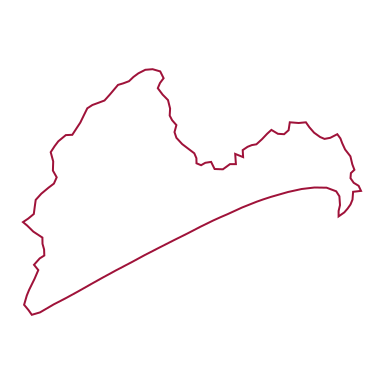 the district of Praia Grande, São Paulo, Brazil
{"feature_id": "56859067B11159751681526", "entity_name": "Praia Grande", "entity_type": "district", "adm_level": 2, "iso_a3": "BRA", "parent_name": "Brazil", "parent_adm1": "São Paulo", "projection": "robinson", "projection_center": [-46.504, -24.018], "detail": "fine", "context": "isolated", "style": "outline", "palette": "rose", "viewbox_px": 384, "rotation_deg": 0, "n_neighbors": 0, "source": "geoboundaries", "source_scale": "gbopen_adm2", "svg_char_len": 1715}
<svg xmlns="http://www.w3.org/2000/svg" viewBox="0 0 384 384"><path d="M31.8,314.8L40.0,312.4L53.7,304.4L66.1,298.0L78.0,291.5L91.4,283.9L102.7,277.6L116.1,270.3L132.0,262.0L144.7,255.1L159.3,247.6L173.9,240.2L187.4,233.5L193.2,230.5L200.1,226.9L213.2,220.5L220.5,217.2L227.5,214.2L242.1,207.5L256.7,201.7L263.2,199.4L270.9,196.9L288.0,192.0L301.7,189.0L314.5,187.5L326.6,187.7L336.2,191.3L339.4,196.3L340.0,205.1L338.6,211.0L338.6,216.4L344.3,212.4L347.6,208.6L350.5,204.5L352.5,199.6L353.1,191.8L361.0,190.9L358.6,185.8L353.7,182.8L350.5,178.2L350.9,173.1L354.4,169.8L352.3,164.3L350.4,156.3L345.1,149.5L342.2,143.2L340.4,138.4L337.3,134.2L330.3,137.8L324.5,138.9L320.1,137.0L314.1,132.7L309.4,127.3L305.9,122.3L298.7,123.0L289.8,122.3L288.6,130.2L284.1,134.2L277.9,133.8L271.4,129.9L267.1,133.8L262.0,139.2L256.4,144.3L251.8,145.1L247.6,146.8L242.7,150.1L243.1,157.1L235.2,153.9L235.9,164.1L230.0,164.1L222.9,169.3L214.6,169.0L211.1,161.9L205.3,162.8L201.1,165.2L196.5,163.3L196.4,158.2L194.3,153.3L182.2,144.1L176.4,137.8L174.5,132.1L176.4,125.1L172.1,120.2L169.7,115.6L170.1,108.6L168.0,100.1L162.6,94.6L157.8,88.2L160.0,83.0L163.6,78.2L160.2,71.4L152.6,69.2L145.3,69.8L138.4,73.3L133.5,76.9L129.0,81.2L123.1,83.4L118.0,84.9L109.8,94.6L104.5,100.5L97.6,103.1L92.4,105.0L87.3,108.3L83.8,115.4L80.3,122.6L77.0,127.6L72.3,134.8L65.8,135.1L58.3,141.3L54.6,146.2L50.7,152.2L53.2,161.4L52.9,170.6L56.7,177.3L53.9,183.6L48.5,187.7L41.3,193.7L35.7,199.9L34.8,206.4L33.8,214.0L28.2,218.6L23.0,222.1L27.3,225.7L33.3,231.6L42.4,237.6L42.5,243.8L44.1,249.5L44.3,255.5L39.7,258.4L34.0,264.8L38.3,270.1L34.6,278.7L29.1,289.9L26.8,295.5L24.1,304.8L28.5,310.1L31.8,314.8Z" fill="none" stroke="#9f1239" stroke-width="2"/></svg>